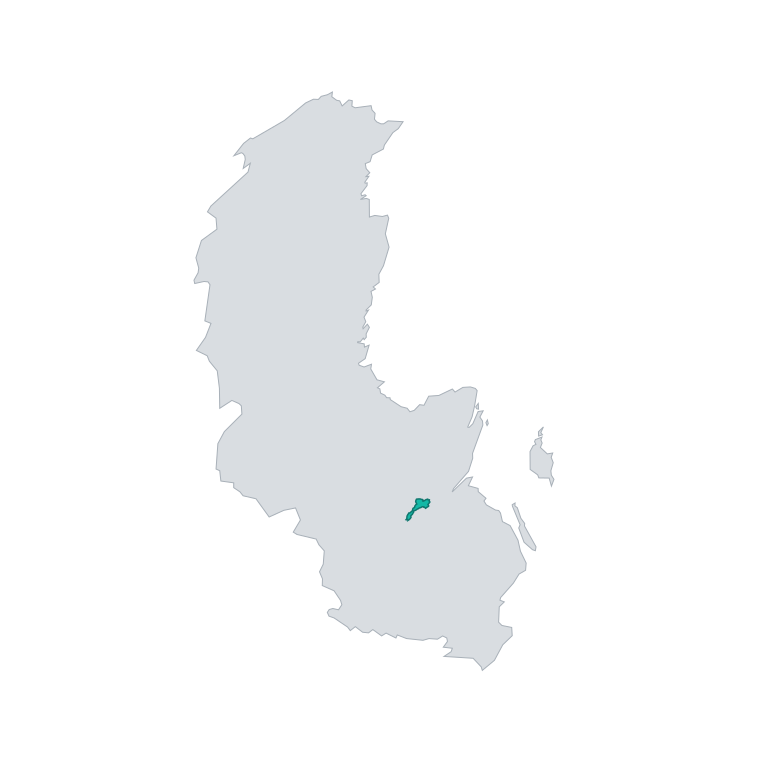 Hallsberg, Orebro, Sweden (highlighted), rotated 310°
{"feature_id": "70781695B5690265718253", "entity_name": "Hallsberg", "entity_type": "district", "adm_level": 2, "iso_a3": "SWE", "parent_name": "Sweden", "parent_adm1": "Orebro", "projection": "equal_earth", "projection_center": [15.203, 59.02], "detail": "fine", "context": "in_parent", "style": "filled", "palette": "teal", "viewbox_px": 768, "rotation_deg": 310, "n_neighbors": 0, "source": "geoboundaries", "source_scale": "gbopen_adm2", "svg_char_len": 4834}
<svg xmlns="http://www.w3.org/2000/svg" viewBox="0 0 768 768"><g transform="rotate(310 384 384)"><path d="M179.1,489.1L181.8,494.3L187.8,493.6L190.3,489.8L193.5,478.7L189.9,466.3L195.2,462.1L198.7,455.3L206.9,453.3L217.8,445.5L219.0,437.5L221.6,431.7L212.8,414.1L212.2,409.7L226.1,407.4L232.2,395.9L222.9,388.5L208.3,381.5L213.8,359.7L207.8,347.9L208.8,343.0L208.0,335.5L211.7,332.4L204.8,321.4L212.0,313.9L210.9,310.0L231.5,295.1L244.9,292.3L269.6,294.5L275.6,288.7L275.8,285.5L273.6,278.0L259.8,273.8L275.0,260.6L286.9,247.8L289.2,235.6L292.0,230.4L289.1,218.7L305.0,217.3L319.2,212.5L317.2,206.2L348.2,186.9L349.1,183.5L346.8,180.2L339.3,174.4L341.4,171.7L349.7,170.1L353.7,167.6L359.8,158.8L376.6,151.9L395.2,156.5L403.1,148.7L402.4,138.1L409.1,137.0L458.9,143.6L467.2,139.7L458.6,137.6L466.8,133.4L469.2,130.8L469.9,127.8L469.5,126.1L462.4,122.3L478.1,121.8L486.6,123.6L487.5,125.9L521.8,138.3L548.9,143.3L556.8,146.9L559.8,150.8L564.0,151.0L569.2,154.7L574.5,156.8L570.5,159.4L570.9,165.3L572.4,168.1L570.1,173.2L579.0,174.5L580.6,177.6L576.2,180.8L577.0,184.3L588.9,195.2L586.2,198.7L585.6,203.2L580.7,206.5L580.1,209.9L581.3,214.4L583.1,216.5L588.2,218.0L597.2,230.0L588.8,230.8L582.3,229.2L567.3,230.7L563.6,232.5L551.9,227.7L545.4,230.4L540.8,228.0L537.5,231.9L536.7,237.3L531.3,236.9L533.4,238.9L526.2,239.6L525.7,240.5L527.3,241.8L525.1,243.5L515.0,244.0L513.8,245.8L516.8,247.9L516.8,249.3L510.2,247.3L514.8,251.2L515.9,254.1L502.5,265.5L507.2,268.6L511.3,275.1L515.6,278.1L514.0,281.1L499.9,288.5L492.1,299.9L474.2,307.6L464.8,309.5L458.7,315.0L451.4,313.3L451.3,316.4L446.6,314.5L442.9,319.3L436.4,323.4L429.2,322.7L428.4,323.4L430.7,324.6L422.4,325.7L420.0,330.0L413.9,331.2L412.9,332.5L419.1,332.8L418.0,336.4L410.9,338.1L408.4,340.4L405.2,340.3L405.8,338.6L401.1,338.7L399.6,336.7L398.7,337.2L402.0,343.0L399.7,345.3L404.2,347.6L391.3,353.3L383.5,351.1L382.4,352.9L384.2,357.8L391.1,361.7L387.0,364.2L382.7,375.9L385.9,382.9L376.9,381.4L377.6,384.0L374.8,387.2L376.0,391.8L375.2,394.8L377.3,397.5L376.1,398.8L377.6,411.7L380.3,417.3L379.4,421.7L383.2,424.1L391.1,424.6L393.4,428.3L403.4,426.1L410.5,433.4L424.1,439.6L423.5,443.6L432.1,446.6L437.3,452.1L439.3,456.8L438.8,459.6L425.6,467.4L415.4,472.6L404.8,475.8L405.4,477.1L410.6,477.6L423.4,473.8L427.2,477.2L420.3,478.7L419.0,483.2L416.1,486.1L387.8,496.4L384.1,499.7L371.4,504.9L348.6,504.5L345.1,505.6L364.9,507.7L369.7,511.6L360.3,514.0L364.5,523.2L362.1,525.4L362.0,535.6L358.6,535.8L357.2,540.1L359.1,550.4L360.8,553.2L360.0,556.2L354.7,563.2L356.6,571.6L350.5,587.0L343.6,596.0L338.2,608.0L332.3,612.2L325.2,609.6L314.6,611.1L295.4,610.6L292.9,611.8L294.4,616.2L287.4,615.5L275.2,624.9L274.8,629.5L279.6,638.3L273.6,644.0L260.6,642.6L243.3,646.2L227.8,643.4L229.8,640.3L231.2,628.6L213.9,605.1L222.1,607.5L225.5,606.2L220.5,598.6L227.6,598.1L229.8,595.3L228.7,590.9L222.9,589.0L217.9,582.1L212.7,578.6L203.5,564.9L200.3,555.5L197.1,556.4L194.5,545.7L189.5,544.1L188.7,533.3L183.4,532.1L180.1,527.2L179.7,518.0L173.4,516.7L174.4,512.3L172.7,496.1L170.8,491.1L172.6,487.4L176.0,487.0L179.1,489.1ZM444.9,539.1L442.0,540.1L440.4,543.1L435.9,544.6L435.4,554.0L439.6,557.6L435.3,559.2L432.5,564.2L424.8,567.6L421.7,570.8L420.2,575.5L413.4,577.9L418.1,571.0L411.6,563.0L413.2,560.1L412.5,550.9L426.1,539.3L432.5,537.9L435.4,539.2L436.6,536.4L438.7,535.7L444.9,539.1ZM357.0,605.1L353.6,607.1L352.5,604.2L352.8,593.0L360.3,579.8L363.7,578.7L372.9,561.0L373.9,559.8L377.1,560.9L374.8,562.6L374.9,565.7L369.1,575.2L367.6,581.4L365.5,582.9L357.0,605.1ZM447.5,535.4L447.0,538.1L443.5,535.9L446.7,533.0L453.6,533.7L447.5,535.4ZM429.7,468.7L425.5,472.6L424.6,471.0L425.4,469.0L429.7,468.7ZM420.6,489.4L418.4,489.7L419.9,486.9L422.9,486.3L420.6,489.4Z" fill="#d9dde1" stroke="#a8b0b8" stroke-width="1"/><path d="M318.7,496.6L319.1,496.7L319.4,496.5L319.9,495.1L321.4,495.1L323.1,495.0L323.3,494.0L324.4,493.2L323.9,492.7L323.6,492.0L323.9,491.5L322.4,490.5L320.8,490.0L319.5,489.4L319.3,488.9L320.2,488.4L320.3,487.8L319.6,486.8L319.4,486.0L318.9,485.2L318.2,484.4L317.6,483.8L316.8,483.0L316.2,482.8L316.3,482.9L315.1,483.4L314.1,484.0L313.8,484.9L313.3,485.8L313.1,486.3L312.0,486.0L310.8,486.0L309.6,486.4L309.0,486.8L307.7,486.2L306.6,486.4L306.0,486.9L304.5,487.2L303.4,486.9L301.7,486.6L301.1,485.9L300.4,486.1L299.1,486.2L297.8,486.5L296.9,487.0L296.0,487.7L295.2,488.1L294.2,488.1L294.3,488.4L294.8,488.8L295.3,489.1L295.6,489.9L295.1,490.1L296.0,490.4L297.8,490.6L299.2,490.4L299.7,489.8L300.2,489.3L301.4,489.3L302.0,489.5L303.0,489.4L303.6,489.2L304.8,489.1L305.5,488.6L306.3,488.5L307.1,489.0L307.5,489.4L308.8,489.7L309.7,489.9L310.1,490.3L310.8,490.5L311.9,490.8L312.9,491.6L314.6,492.2L315.4,493.3L315.2,493.7L315.6,494.1L315.6,495.1L315.5,495.7L316.1,495.9L317.2,496.1L318.1,496.5L318.7,496.6Z" fill="#14b8a6" stroke="#0f766e" stroke-width="1.5"/></g></svg>